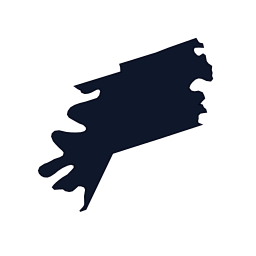 the district of Cerro Largo, Rio Grande do Sul, Brazil, rotated 73°
{"feature_id": "56859067B85227915842878", "entity_name": "Cerro Largo", "entity_type": "district", "adm_level": 2, "iso_a3": "BRA", "parent_name": "Brazil", "parent_adm1": "Rio Grande do Sul", "projection": "equal_earth", "projection_center": [-54.733, -28.138], "detail": "fine", "context": "isolated", "style": "filled", "palette": "ink", "viewbox_px": 256, "rotation_deg": 73, "n_neighbors": 0, "source": "geoboundaries", "source_scale": "gbopen_adm2", "svg_char_len": 1846}
<svg xmlns="http://www.w3.org/2000/svg" viewBox="0 0 256 256"><g transform="rotate(73 128 128)"><path d="M62.5,36.9L63.7,65.8L64.3,73.8L64.7,79.3L64.7,87.6L64.8,108.9L64.8,117.0L67.7,117.0L72.5,118.2L72.6,166.6L75.7,164.2L77.9,161.8L80.1,161.7L82.1,159.3L82.8,156.0L82.7,152.8L81.5,146.6L82.1,143.8L84.8,143.0L88.9,145.5L90.9,148.7L91.0,153.1L91.1,160.9L90.8,166.9L91.0,172.2L92.1,176.8L94.6,180.1L97.4,181.7L100.4,180.9L103.2,178.3L106.8,174.9L109.0,172.7L111.5,169.4L114.9,167.5L117.4,167.8L119.0,170.2L119.0,174.4L117.9,178.9L116.4,183.6L114.4,188.5L112.5,191.7L110.7,194.9L110.0,199.0L111.4,201.9L113.9,203.3L118.5,202.9L122.0,201.4L126.5,199.1L129.9,197.0L132.7,195.9L135.8,197.7L136.7,201.4L136.9,207.7L137.7,211.1L138.4,215.4L138.5,218.4L140.0,223.6L142.6,225.8L145.3,225.8L148.0,224.5L149.9,222.5L151.1,219.3L150.9,216.2L149.5,211.4L147.9,207.7L146.4,202.5L145.6,196.7L145.8,193.0L147.8,190.2L150.6,191.0L152.6,194.2L155.4,199.4L156.8,205.1L158.3,209.2L159.7,212.5L161.1,215.2L162.6,217.3L164.9,216.2L165.9,211.8L167.0,207.7L169.4,206.1L171.3,202.7L171.6,199.7L170.4,196.8L168.4,192.6L169.4,189.6L171.6,186.7L174.6,186.3L176.8,187.4L180.6,189.3L183.6,190.1L186.5,190.9L189.0,191.7L190.8,193.6L193.5,198.3L193.2,192.1L147.5,150.2L147.3,136.1L147.0,111.0L147.0,107.4L146.1,57.1L144.0,59.7L141.7,59.7L139.4,58.4L136.3,57.6L134.7,54.7L135.0,51.9L135.6,48.5L133.0,48.5L130.7,50.1L127.8,50.4L126.2,53.1L123.7,49.6L122.0,46.3L119.4,46.3L116.1,46.8L113.6,49.9L113.1,53.8L111.4,56.8L107.6,58.4L104.7,56.4L102.6,53.6L100.7,49.6L100.4,45.9L101.9,42.7L105.3,38.9L107.0,35.1L105.5,32.9L102.5,33.1L99.8,31.7L96.9,31.7L93.4,30.2L90.2,32.8L87.2,33.9L84.5,33.6L81.3,33.2L79.4,34.7L80.6,38.9L79.2,41.1L75.4,42.9L72.4,43.0L70.0,41.1L71.1,36.6L72.6,32.5L69.4,32.3L68.0,35.0L65.9,36.1L62.5,36.9Z" fill="#0f172a" stroke="#020617" stroke-width="1.5"/></g></svg>